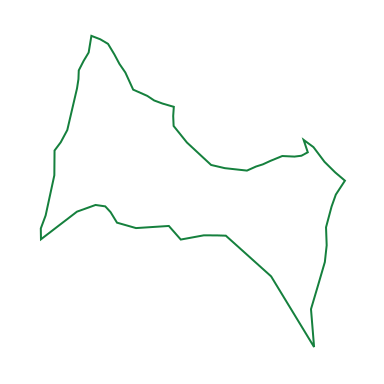 the district of Tenente Laurentino Cruz, Rio Grande do Norte, Brazil, rotated 87°
{"feature_id": "56859067B82553548665211", "entity_name": "Tenente Laurentino Cruz", "entity_type": "district", "adm_level": 2, "iso_a3": "BRA", "parent_name": "Brazil", "parent_adm1": "Rio Grande do Norte", "projection": "orthographic", "projection_center": [-36.73, -6.158], "detail": "fine", "context": "isolated", "style": "outline", "palette": "green", "viewbox_px": 384, "rotation_deg": 87, "n_neighbors": 0, "source": "geoboundaries", "source_scale": "gbopen_adm2", "svg_char_len": 890}
<svg xmlns="http://www.w3.org/2000/svg" viewBox="0 0 384 384"><g transform="rotate(87 192 192)"><path d="M231.3,345.3L205.6,307.9L199.9,289.0L201.8,279.4L207.8,274.4L218.7,268.5L225.1,249.8L224.7,216.9L238.9,205.7L235.9,182.6L236.6,169.8L237.4,160.5L280.4,117.4L353.2,78.2L315.2,79.3L291.5,70.9L268.9,63.0L252.3,60.3L234.3,60.0L213.9,53.4L202.1,48.5L188.7,38.7L179.9,48.0L168.8,58.1L161.5,63.0L153.5,68.4L145.8,77.8L158.4,74.3L161.5,80.8L162.0,87.8L160.8,100.0L165.0,112.0L168.1,119.8L169.9,126.7L173.5,136.0L169.9,158.0L166.0,171.5L142.3,194.5L125.1,206.9L115.1,206.8L106.0,205.7L102.1,216.9L98.6,225.0L93.7,231.6L86.7,245.4L69.2,252.3L60.4,257.7L50.4,262.4L39.7,268.1L34.7,275.6L30.8,284.3L47.3,287.9L55.3,293.3L64.6,298.7L73.4,299.5L82.5,301.4L123.6,313.3L135.5,320.5L143.4,327.1L168.1,328.6L207.8,339.4L220.5,344.9L231.3,345.3Z" fill="none" stroke="#15803d" stroke-width="2"/></g></svg>